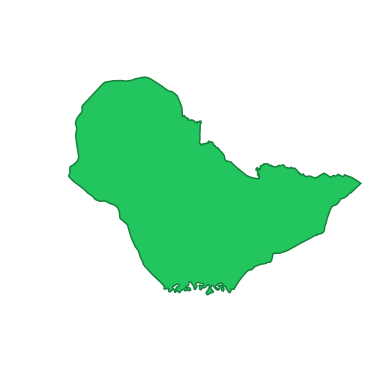 outline of Ban Lueam, Nakhon Ratchasima, Thailand, rotated 212°
{"feature_id": "78962969B51286671896071", "entity_name": "Ban Lueam", "entity_type": "district", "adm_level": 2, "iso_a3": "THA", "parent_name": "Thailand", "parent_adm1": "Nakhon Ratchasima", "projection": "orthographic", "projection_center": [102.112, 15.575], "detail": "fine", "context": "isolated", "style": "filled", "palette": "green", "viewbox_px": 384, "rotation_deg": 212, "n_neighbors": 0, "source": "geoboundaries", "source_scale": "gbopen_adm2", "svg_char_len": 6079}
<svg xmlns="http://www.w3.org/2000/svg" viewBox="0 0 384 384"><g transform="rotate(212 192 192)"><path d="M166.1,97.5L165.6,97.8L165.1,97.6L164.9,95.8L164.5,95.2L164.1,95.0L162.5,96.1L161.8,97.4L161.5,97.6L160.3,97.4L159.3,95.7L158.9,95.4L158.4,95.3L157.6,95.8L157.0,98.2L155.9,99.3L155.7,99.7L156.3,100.3L157.9,100.6L158.1,100.9L158.2,101.6L156.5,104.7L156.0,105.9L155.4,106.4L153.7,106.1L153.3,105.4L153.5,104.5L154.3,103.7L154.7,102.8L154.1,100.9L154.5,99.6L153.8,98.0L153.2,98.0L152.8,98.4L153.2,99.7L152.9,100.3L149.8,100.0L149.3,100.1L149.1,100.6L149.3,101.8L147.6,105.3L147.0,105.4L146.1,104.6L145.5,104.5L145.0,104.9L144.5,106.2L142.7,106.4L141.6,107.3L141.3,107.8L141.3,108.3L141.7,108.7L143.4,109.5L146.3,107.5L146.6,107.5L147.0,107.7L147.2,108.0L147.3,108.4L145.9,109.8L145.5,110.8L145.7,111.7L146.6,113.5L146.5,114.6L146.0,115.0L144.8,115.0L142.7,113.7L140.9,113.2L140.2,112.8L138.8,110.9L138.1,110.8L137.7,111.2L137.6,111.8L137.6,113.8L137.9,114.7L138.1,115.0L139.3,115.3L140.0,115.9L140.1,116.3L140.0,116.9L139.1,118.4L138.5,118.7L137.4,119.0L136.0,119.6L135.0,119.6L133.9,120.0L133.1,119.6L132.8,118.8L133.3,118.0L134.0,117.6L136.1,117.2L136.4,117.0L136.5,116.6L135.2,115.4L134.3,114.1L133.6,113.6L132.9,113.6L132.5,114.0L132.6,115.5L132.4,116.0L130.4,117.8L130.0,119.5L129.4,121.5L128.9,122.3L128.4,122.3L127.3,121.3L126.4,118.8L126.7,118.0L126.3,117.0L126.7,115.8L126.6,114.2L125.5,113.1L124.9,113.0L124.3,113.2L122.4,116.5L121.1,118.1L120.9,118.6L121.3,119.1L123.0,119.3L124.9,120.4L125.7,121.9L125.8,123.0L125.3,123.4L123.9,123.5L121.0,122.5L119.3,122.2L118.3,122.4L117.6,123.0L117.3,123.7L117.6,124.3L119.9,123.7L120.9,123.7L121.8,124.0L122.3,124.8L122.2,125.3L121.4,126.7L121.1,128.3L120.0,129.3L118.2,130.5L117.6,130.6L117.0,130.3L116.9,129.9L117.0,129.4L117.9,128.2L119.7,127.0L119.8,126.4L119.3,126.0L117.5,126.2L116.6,126.0L116.0,125.6L114.9,124.6L114.3,124.3L113.6,124.2L113.1,124.5L112.9,125.2L113.3,126.3L114.3,127.4L115.8,127.8L116.0,128.2L115.6,128.8L114.3,129.6L113.5,129.4L111.8,128.3L107.8,126.6L106.9,126.5L106.5,126.8L106.4,128.1L107.0,129.5L107.1,130.1L106.8,130.6L106.0,131.3L104.9,131.7L105.0,141.2L104.2,149.2L103.2,153.8L102.1,156.6L101.6,156.5L100.0,158.0L99.4,161.3L98.9,162.4L96.8,165.4L95.5,167.0L91.4,170.7L90.8,172.2L88.5,173.9L88.3,175.1L88.3,176.5L89.1,178.3L89.2,179.4L90.5,181.7L90.5,182.6L88.5,184.4L85.4,186.4L80.4,192.3L71.9,207.6L70.4,210.1L63.9,221.5L63.7,221.8L63.0,221.7L63.0,222.6L60.3,225.5L59.7,226.5L59.4,227.5L59.5,229.6L60.0,230.8L61.1,232.7L61.9,237.0L63.4,241.2L65.5,251.4L65.6,253.2L65.2,254.7L64.1,256.3L63.0,257.3L62.2,260.5L62.2,264.9L59.6,267.9L59.2,269.4L58.4,270.8L58.0,273.9L57.8,274.4L56.9,275.2L53.4,288.8L58.2,289.0L64.2,289.0L67.8,288.1L71.6,287.5L71.8,286.0L72.2,284.8L77.2,284.5L77.4,284.3L77.6,283.3L78.0,282.9L78.2,282.0L79.2,281.4L80.2,281.2L81.2,280.4L81.7,278.4L83.9,277.8L86.5,278.1L90.0,277.9L90.5,276.6L90.9,276.4L93.9,270.5L94.8,269.4L97.4,268.5L99.8,268.2L100.7,267.9L101.6,267.0L102.0,267.0L102.3,266.2L103.0,265.7L105.1,265.3L105.5,265.4L105.8,265.8L106.8,265.5L107.2,266.1L108.8,264.2L109.2,264.0L109.8,264.4L110.0,265.0L110.5,264.7L110.9,265.0L111.4,264.8L111.7,265.3L112.5,265.1L113.1,265.4L114.4,265.7L114.6,266.1L117.7,266.5L119.8,265.4L120.0,264.9L121.1,265.4L121.4,264.9L121.5,264.3L122.5,263.7L122.7,263.3L123.7,263.3L124.4,263.0L124.7,262.6L126.5,262.6L128.3,263.5L129.8,262.8L130.1,262.1L130.9,260.9L131.5,260.6L132.0,260.8L132.5,260.6L133.2,258.8L135.0,257.1L135.5,257.1L137.1,256.4L138.0,256.6L138.6,256.2L139.0,256.5L139.5,256.4L139.9,255.5L140.8,255.6L141.5,256.0L142.4,255.8L143.1,256.0L143.6,255.5L143.9,254.9L145.9,254.1L145.9,252.9L146.3,252.6L146.5,251.7L147.6,250.9L147.5,249.6L146.8,249.3L146.7,248.3L146.4,248.0L146.6,246.6L146.9,246.2L147.5,246.5L147.5,247.1L147.8,247.3L148.1,247.1L148.4,246.5L149.0,247.1L149.5,247.2L150.0,246.2L149.4,244.6L148.5,244.7L147.7,244.3L147.3,244.3L147.0,244.2L146.6,242.9L145.7,242.4L145.4,241.2L145.1,241.3L145.0,242.0L144.8,242.5L144.1,242.5L144.2,241.7L143.6,241.0L143.5,240.4L142.9,240.6L142.9,239.9L142.3,239.2L142.3,238.7L144.7,237.5L148.1,236.1L151.1,235.4L154.4,234.9L168.2,236.6L174.9,238.1L178.9,236.7L180.6,236.7L181.3,237.1L183.9,239.8L185.5,240.7L187.2,241.3L190.7,242.0L191.3,242.2L192.0,242.9L192.9,242.7L193.8,243.2L194.4,242.8L194.8,242.9L196.3,242.7L196.9,243.5L198.2,243.4L199.0,243.8L199.6,243.9L199.8,244.5L200.1,244.7L200.8,244.8L201.3,244.7L201.7,244.9L202.1,244.8L202.7,244.3L203.0,244.3L203.4,243.9L203.7,244.1L204.7,243.9L204.5,242.8L204.2,242.5L205.0,242.3L205.1,241.7L205.4,241.4L205.1,240.9L206.2,240.3L206.4,239.7L206.8,239.7L207.0,239.4L207.8,239.2L208.5,238.0L208.3,237.1L208.9,236.9L209.3,237.1L209.8,237.0L210.1,237.4L211.5,237.6L212.2,238.3L213.3,241.2L215.6,244.6L216.7,246.3L217.6,248.3L220.6,253.1L221.0,255.5L221.2,256.0L221.8,256.6L222.8,256.6L223.0,256.4L223.0,255.2L223.5,254.9L224.0,254.4L224.8,254.4L224.8,253.3L225.1,252.9L226.3,253.2L227.0,252.8L227.9,253.4L229.0,253.4L230.8,252.8L230.9,252.0L231.1,251.9L233.6,251.3L233.9,251.4L234.1,252.2L236.1,252.2L236.9,251.8L237.7,252.0L238.3,252.6L238.8,252.7L239.6,252.1L239.6,251.1L240.1,250.9L245.1,257.9L247.0,259.7L255.4,265.7L259.4,266.4L261.1,266.5L263.2,266.2L265.0,265.5L265.9,265.2L277.2,265.9L287.9,265.9L291.0,265.2L293.1,264.3L299.9,258.1L302.2,254.9L307.0,250.9L310.9,249.1L317.2,245.0L323.9,239.1L325.0,236.3L330.6,207.4L330.5,206.1L328.2,202.5L327.7,201.2L328.3,198.3L328.5,193.6L328.3,191.9L327.5,189.0L326.5,187.7L323.9,185.6L323.1,184.5L321.2,179.5L320.0,177.6L316.6,173.3L307.9,163.3L306.2,160.9L305.7,158.8L305.9,155.9L307.4,151.5L308.7,149.0L308.0,146.9L305.8,144.1L305.6,143.5L305.3,140.8L305.1,140.2L302.6,139.3L297.7,138.2L285.5,137.2L279.8,135.9L273.6,135.7L271.4,134.7L269.5,134.5L265.2,135.4L260.9,138.4L255.9,138.7L252.6,139.6L248.3,139.8L246.0,138.9L243.2,136.8L241.9,135.2L239.6,132.0L237.8,131.3L230.4,130.2L229.3,129.9L219.5,121.2L212.3,116.4L211.7,115.8L206.4,113.8L200.9,109.1L196.8,106.7L194.8,104.8L192.9,104.1L181.3,100.9L169.1,98.5L166.1,97.5Z" fill="#22c55e" stroke="#15803d" stroke-width="1.5"/></g></svg>